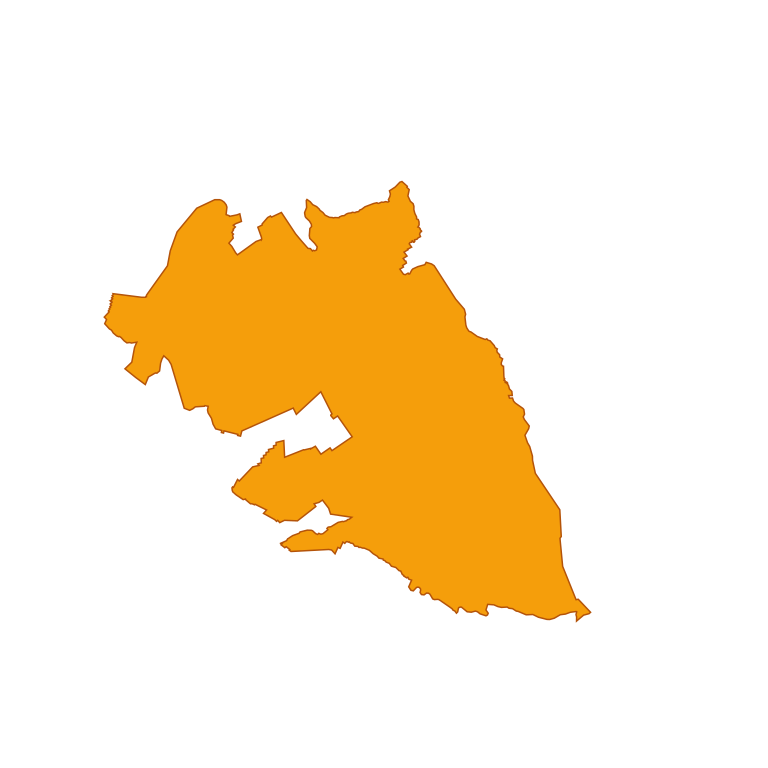 Tepeaca, Puebla, Mexico (Robinson projection), rotated 115°
{"feature_id": "50627088B65762611280568", "entity_name": "Tepeaca", "entity_type": "district", "adm_level": 2, "iso_a3": "MEX", "parent_name": "Mexico", "parent_adm1": "Puebla", "projection": "robinson", "projection_center": [-97.879, 19.018], "detail": "fine", "context": "isolated", "style": "filled", "palette": "amber", "viewbox_px": 768, "rotation_deg": 115, "n_neighbors": 0, "source": "geoboundaries", "source_scale": "gbopen_adm2", "svg_char_len": 6171}
<svg xmlns="http://www.w3.org/2000/svg" viewBox="0 0 768 768"><g transform="rotate(115 384 384)"><path d="M488.0,525.9L492.7,521.9L495.8,517.6L494.7,511.4L496.7,510.9L496.3,508.7L494.1,509.2L491.4,495.1L492.5,494.9L491.9,492.0L486.6,493.0L444.2,456.1L448.6,450.6L417.7,438.0L433.1,418.5L434.5,419.1L435.1,418.9L436.9,415.1L432.6,412.5L445.3,390.5L466.4,403.0L464.7,405.9L474.3,411.5L469.4,419.9L473.7,423.0L473.3,423.2L477.5,428.5L477.6,429.1L492.4,443.1L477.6,450.9L482.6,457.1L485.0,455.9L486.7,458.0L488.8,456.9L492.2,461.0L494.2,459.8L495.9,461.9L498.1,461.0L499.7,463.0L501.8,461.8L503.4,463.9L507.3,461.9L509.7,464.6L510.6,462.8L514.6,468.0L533.1,474.2L532.4,476.4L541.3,476.7L541.2,477.7L542.4,477.9L544.8,476.4L545.8,475.2L547.0,471.0L548.3,462.8L546.8,460.9L547.3,460.5L549.0,454.4L548.3,452.9L548.2,450.3L547.5,450.0L547.8,437.2L552.2,438.5L553.1,425.7L553.9,423.3L552.5,422.7L553.7,419.9L549.6,416.6L544.6,404.6L523.8,394.0L522.1,396.7L518.8,392.9L515.2,390.7L520.0,381.6L524.5,377.4L518.4,356.9L521.2,358.3L522.3,359.7L523.7,360.2L525.9,362.6L526.1,363.6L528.8,367.1L535.8,371.8L537.3,374.1L539.0,374.7L539.8,373.3L545.5,376.1L546.8,377.8L546.9,380.0L548.4,380.6L548.5,382.6L547.2,386.7L547.3,388.1L548.9,391.8L553.6,397.6L555.1,397.8L560.0,402.7L565.1,405.9L567.2,406.1L572.7,410.9L571.1,408.7L573.3,409.2L574.3,404.7L572.8,403.9L573.8,399.4L574.6,399.7L575.1,397.5L557.3,364.1L556.6,361.3L558.6,356.6L551.6,356.7L551.5,354.3L544.6,354.4L545.0,352.2L542.8,351.5L542.4,351.0L542.4,349.4L541.8,348.9L542.3,347.3L541.7,344.8L543.3,342.0L542.2,338.9L542.7,337.6L542.0,336.5L541.8,334.2L541.1,332.5L540.9,327.0L542.4,322.1L542.9,317.5L544.0,314.9L543.0,310.9L543.9,310.2L543.7,308.7L544.5,306.8L544.3,303.4L546.0,300.3L545.3,295.7L546.8,291.5L546.5,289.7L548.9,286.9L549.2,285.1L549.7,284.9L550.1,281.5L549.1,280.7L550.4,279.0L550.1,276.1L557.4,275.9L559.6,272.4L559.1,270.0L554.6,268.5L553.7,267.4L553.5,265.9L554.3,264.3L555.3,263.7L557.7,263.2L559.0,261.1L558.2,258.6L555.5,257.1L554.8,255.2L555.1,253.5L558.2,249.0L558.1,247.2L556.5,244.4L556.2,243.0L558.4,229.9L559.0,227.1L559.8,225.9L559.8,223.9L561.1,221.5L559.4,220.9L555.7,221.8L554.9,221.6L553.7,220.2L553.5,219.4L555.3,212.4L553.9,208.4L551.2,205.2L550.9,203.1L551.7,199.8L551.0,193.6L549.6,192.6L547.7,192.7L545.7,196.1L539.9,196.9L537.7,191.1L537.6,186.7L536.8,183.1L534.1,178.1L534.4,175.9L533.3,172.6L533.9,168.2L533.4,166.3L533.1,157.6L530.0,151.7L530.1,145.5L528.5,136.9L527.4,134.3L524.3,130.7L518.6,126.7L515.8,122.3L512.1,118.6L509.0,113.7L509.0,113.1L511.9,112.5L513.7,111.0L517.5,109.3L509.1,105.4L505.5,101.1L503.6,100.3L497.0,117.0L498.3,118.8L473.8,145.0L449.5,159.3L447.3,158.9L423.7,171.5L401.0,209.1L390.4,217.1L386.6,219.0L379.1,225.5L376.6,229.1L370.9,234.6L363.4,234.0L360.7,234.6L356.9,241.7L355.0,243.9L351.9,243.9L348.0,246.5L347.4,247.9L345.8,256.9L344.8,259.3L342.4,261.6L343.8,264.3L341.8,266.2L340.2,262.9L336.7,265.0L335.5,268.2L332.7,270.6L331.5,272.8L330.9,272.4L330.3,273.7L331.4,274.3L331.4,274.8L329.9,275.6L329.8,276.9L328.4,276.7L328.4,277.3L326.2,278.7L317.4,283.2L317.6,284.2L316.7,286.0L315.0,286.7L311.1,287.1L310.6,290.5L308.6,291.6L307.4,294.8L305.8,296.0L304.3,296.1L304.1,298.6L302.6,300.3L300.0,306.1L300.3,308.4L299.6,309.9L300.9,311.1L301.5,319.6L300.1,327.1L300.3,329.1L299.7,330.3L298.1,332.8L296.0,334.7L289.0,339.0L286.3,339.5L282.3,342.8L276.8,354.9L255.6,388.5L255.1,391.6L255.9,397.2L258.6,397.4L263.3,402.9L267.5,406.5L269.1,407.0L273.3,407.2L273.9,407.9L273.3,409.0L275.9,410.9L276.3,412.7L273.2,418.2L269.8,415.8L268.7,417.2L264.9,414.8L263.4,416.1L263.6,416.9L262.1,419.7L258.3,417.2L256.0,421.6L252.2,419.0L251.8,419.6L248.3,416.8L246.3,420.4L244.9,420.3L243.9,418.9L242.7,418.2L242.6,419.0L242.1,418.6L243.0,417.0L242.7,416.6L241.6,416.4L240.3,417.2L238.9,415.3L237.1,414.8L235.0,413.2L233.2,415.1L231.0,415.2L230.0,414.4L229.5,414.6L228.8,416.4L227.9,416.9L227.2,418.8L227.4,419.6L225.0,419.4L222.2,420.8L220.5,422.5L220.6,424.3L218.9,425.0L216.3,428.2L213.4,430.6L210.3,432.0L208.3,433.8L207.3,437.3L203.5,441.8L197.2,443.3L196.1,446.4L195.0,446.4L192.9,453.3L194.4,454.9L200.8,457.1L206.6,460.7L209.1,458.5L211.7,457.9L215.2,457.9L216.2,456.6L217.5,457.3L218.0,459.6L219.6,461.4L220.2,463.1L222.5,465.1L222.9,466.1L222.7,467.0L224.9,469.8L231.4,476.1L235.3,478.2L236.4,479.4L238.5,479.9L239.9,482.0L240.9,482.6L241.8,485.4L242.6,485.8L244.4,488.6L245.9,490.0L248.2,491.2L249.3,493.1L251.4,495.0L252.3,495.0L253.9,498.9L254.8,499.9L255.0,501.3L256.0,503.8L255.9,508.7L254.4,511.8L253.6,515.6L252.9,516.4L251.7,520.0L251.6,524.4L250.0,527.9L249.3,531.8L250.5,532.0L256.8,528.7L262.2,528.4L263.1,527.9L265.6,526.1L266.3,525.0L267.8,520.5L269.9,517.4L271.9,516.2L274.4,516.9L281.1,514.4L283.4,512.8L285.8,506.3L287.9,502.5L291.1,501.8L292.6,503.2L292.7,504.6L293.7,505.1L292.4,507.9L293.2,510.2L289.1,519.5L285.3,527.6L271.9,549.5L280.3,556.5L279.7,557.9L282.3,559.8L290.4,562.1L291.4,561.6L295.2,564.6L302.6,557.3L304.5,556.0L305.2,556.1L305.0,556.3L308.9,560.2L328.9,571.4L327.8,573.9L323.6,580.1L321.9,584.1L315.5,582.3L313.1,584.2L311.8,583.8L311.1,585.9L307.9,585.5L307.5,586.2L304.5,585.1L303.8,587.7L301.4,586.2L296.9,581.9L290.7,586.6L292.9,588.8L297.3,594.8L296.9,595.4L297.2,598.7L290.1,601.1L288.3,602.8L286.8,605.6L286.2,608.7L286.4,610.8L288.5,615.3L303.8,628.0L333.6,635.8L353.6,634.0L368.4,630.2L401.0,636.3L404.1,636.8L405.2,636.2L405.5,636.8L406.2,636.8L407.9,640.5L416.6,667.6L416.9,667.1L418.8,667.7L419.2,666.6L421.1,667.3L421.5,665.9L423.5,666.8L423.9,666.1L424.4,667.1L425.1,665.1L427.2,666.0L427.8,664.4L429.7,665.1L430.0,664.3L431.9,664.9L432.2,664.2L434.3,664.7L434.8,663.6L441.6,665.8L442.8,662.7L447.4,662.6L450.1,656.2L450.4,653.7L452.2,650.9L453.4,646.6L453.3,644.5L452.7,643.7L453.0,641.9L454.7,637.8L455.4,634.4L453.9,632.0L453.6,630.2L450.6,625.7L456.4,625.5L470.8,621.8L479.7,625.2L483.0,611.9L485.4,600.1L477.2,600.5L471.5,596.5L470.4,595.5L470.2,594.4L467.0,592.9L459.5,595.3L455.3,595.8L451.5,595.5L453.4,589.3L456.2,585.2L490.4,554.8L490.0,549.0L487.3,546.8L484.4,545.3L480.1,537.4L479.3,537.2L478.5,533.9L482.1,533.0L484.5,531.2L488.0,525.9Z" fill="#f59e0b" stroke="#b45309" stroke-width="1.5"/></g></svg>